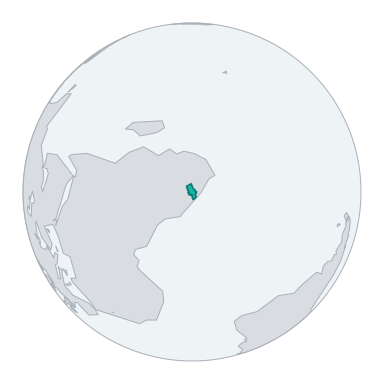 globe centered on Hardap, rotated 240°
{"feature_id": "NAM-3339", "entity_name": "Hardap", "entity_type": "Region", "adm_level": 1, "iso_a3": "NAM", "parent_name": "Namibia", "parent_adm1": "", "projection": "orthographic", "projection_center": [17.113, -24.521], "detail": "fine", "context": "on_globe", "style": "filled", "palette": "teal", "viewbox_px": 384, "rotation_deg": 240, "n_neighbors": 0, "source": "natural_earth", "source_scale": "10m", "svg_char_len": 5989}
<svg xmlns="http://www.w3.org/2000/svg" viewBox="0 0 384 384"><g transform="rotate(240 192 192)"><circle cx="192" cy="192" r="169" fill="#eef3f6" stroke="#a8b0b8"/><path d="M26.5,158.0L29.0,150.3L28.4,152.9L30.3,157.1L35.3,155.0L36.4,160.1L35.6,164.9L38.0,163.8L38.0,166.5L50.3,161.7L58.8,164.0L60.1,173.6L55.9,188.3L59.0,215.0L53.4,229.6L56.6,240.7L60.2,259.9L56.2,263.2L62.2,268.8L63.9,275.2L62.6,278.4L66.5,283.6L65.8,285.8L69.2,287.5L74.2,297.0L80.1,300.9L85.3,308.1L89.1,310.2L88.8,311.1L90.1,313.1L92.3,314.7L88.7,315.1L80.6,309.6L76.7,305.3L76.1,306.1L67.2,295.5L68.9,298.6L57.4,285.5L49.4,272.9L33.2,240.8L30.8,236.2L28.8,234.6L27.0,228.4L24.9,216.8L23.5,205.0L23.0,193.2L23.4,181.4L24.5,169.6L26.5,158.0ZM96.9,315.6L90.0,315.8L92.9,315.2L89.7,311.0L95.3,311.9L96.9,315.6ZM89.8,304.1L89.2,300.7L90.6,301.0L91.3,303.4L89.8,304.1ZM198.7,23.2L193.0,23.2L192.0,23.5L194.5,23.8L190.0,25.3L185.0,25.8L181.9,24.2L174.5,25.0L175.3,24.1L182.9,23.3L198.7,23.2ZM216.6,24.8L217.3,25.0L217.1,24.9L229.4,27.2L241.4,30.4L253.2,34.5L264.6,39.4L275.6,45.2L286.2,51.7L296.3,59.1L305.8,67.1L314.7,75.8L322.9,85.2L330.4,95.1L337.2,105.5L343.1,116.5L348.3,127.8L352.6,139.5L356.0,151.5L355.1,148.0L357.2,157.8L359.7,172.1L360.7,185.0L359.9,177.6L358.6,166.2L357.4,160.6L355.8,151.5L351.2,135.6L350.3,134.5L348.5,129.2L342.0,115.0L339.6,113.2L337.1,119.5L339.8,132.8L337.5,136.4L327.3,112.4L321.7,99.0L318.7,98.1L307.6,84.7L290.4,77.1L287.4,73.6L284.3,73.7L276.4,69.0L271.6,63.9L267.1,63.1L279.8,76.8L284.6,78.0L287.8,75.0L290.5,79.7L298.0,86.0L291.7,93.8L265.2,97.1L261.7,87.1L236.9,60.7L237.1,58.5L237.0,58.2L236.6,57.7L235.3,61.2L230.7,56.8L244.9,73.2L247.7,80.6L264.9,97.6L263.5,98.8L268.7,103.0L284.4,103.1L284.7,106.4L277.8,120.5L255.3,139.8L257.8,157.5L255.4,172.6L240.3,181.2L240.5,194.1L232.6,197.8L231.4,205.3L224.4,213.0L213.1,220.3L195.1,220.2L194.8,213.0L187.0,199.6L176.6,169.2L182.0,155.6L180.7,145.7L167.6,125.6L170.5,114.3L166.8,110.1L159.2,112.0L154.8,107.2L150.2,107.7L120.6,117.0L111.1,112.6L98.9,97.2L103.9,88.5L104.1,80.8L138.3,49.8L146.4,49.4L174.2,43.5L177.8,43.9L175.4,48.6L197.0,54.0L203.0,49.9L221.7,54.2L233.5,55.3L236.2,47.1L216.8,44.9L212.5,40.8L227.4,39.1L244.3,42.3L243.2,40.9L231.8,36.3L235.0,35.0L227.8,34.8L231.3,36.4L226.9,36.5L223.4,35.1L224.7,34.6L219.4,33.5L214.8,37.2L217.8,39.3L204.4,39.4L208.1,43.0L204.7,44.6L197.2,39.2L197.3,37.4L183.8,33.1L182.4,34.8L195.1,39.3L191.5,38.9L189.6,42.1L188.2,39.4L174.7,34.9L162.1,37.3L147.3,47.1L139.7,49.3L132.7,49.4L136.9,41.2L153.5,37.4L155.1,35.2L150.7,33.5L156.2,32.7L156.4,31.8L162.6,30.8L170.2,28.0L176.3,27.2L178.3,25.3L181.7,24.8L179.6,25.9L181.3,26.7L196.4,26.2L199.0,25.9L199.1,24.8L203.2,25.2L201.4,24.3L209.6,24.6L198.1,23.7L197.9,23.3L202.2,23.4L201.9,23.3L216.6,24.8ZM127.6,62.5L126.9,64.7L127.6,62.5ZM263.1,51.2L272.6,54.3L266.7,48.4L269.9,49.3L266.7,47.1L266.3,48.0L258.3,42.7L261.8,42.8L259.8,41.0L256.5,39.9L251.4,40.6L262.8,47.9L261.3,49.2L263.1,51.2ZM29.2,149.9L29.3,150.7L28.7,152.0L29.2,149.9ZM151.7,29.5L154.1,29.3L152.2,30.3L144.4,32.6L147.1,30.9L151.7,29.5ZM157.9,28.9L157.0,27.5L161.8,26.5L159.2,27.2L162.5,26.7L159.3,27.8L164.8,28.7L163.5,29.8L149.9,32.6L155.1,30.9L152.4,31.0L157.9,28.9ZM181.5,42.1L184.2,42.1L188.3,41.8L187.2,44.1L181.5,42.1ZM172.1,38.9L174.5,38.5L175.0,41.0L172.2,41.2L172.1,38.9ZM175.4,36.3L174.6,38.3L173.4,37.3L175.4,36.3ZM181.7,25.7L184.2,25.4L184.6,25.7L183.5,26.1L181.7,25.7ZM233.2,48.0L230.0,49.2L228.1,48.2L229.6,48.0L233.2,48.0ZM207.7,45.7L213.8,47.1L207.4,46.3L207.7,45.7ZM279.8,278.7L279.4,282.1L277.5,281.3L279.8,278.7ZM281.7,175.9L268.6,201.7L261.4,200.3L261.0,191.4L266.5,175.1L275.2,172.3L279.8,166.0L281.7,175.9ZM359.0,217.8L359.4,214.2L359.7,208.2L360.0,206.5L359.7,212.6L359.0,217.8ZM360.0,206.1L359.9,192.5L356.6,163.0L357.9,166.3L360.7,187.7L360.6,189.4L360.7,199.0L360.0,206.1ZM340.4,134.4L343.6,144.7L342.0,144.6L340.4,134.4ZM326.3,294.5L327.8,291.2L330.4,286.4L333.3,282.9L342.8,266.5L342.3,267.9L347.1,258.2L347.1,259.0L341.2,271.4L334.2,283.2L326.3,294.5Z" fill="#d9dde1" stroke="#a8b0b8" stroke-width="1"/><path d="M199.7,192.8L199.7,193.0L199.7,193.3L199.7,193.5L199.7,193.8L199.7,194.0L199.6,194.3L199.6,194.5L199.6,194.8L199.6,195.1L199.6,195.3L199.4,195.3L199.1,195.5L198.9,195.4L198.6,195.4L198.4,195.2L198.1,195.2L198.0,195.3L197.9,195.3L197.7,194.9L197.5,195.0L197.3,195.1L197.2,195.1L196.1,195.0L195.9,194.9L195.6,194.7L195.0,194.8L193.7,195.1L193.4,195.1L192.9,195.1L192.7,195.1L192.6,195.6L192.1,195.5L191.9,195.5L191.7,195.6L191.6,195.4L191.4,195.3L191.2,195.3L191.1,195.2L190.7,195.1L190.4,195.0L190.3,195.3L190.1,195.4L190.1,195.2L189.9,195.1L190.0,195.9L189.9,196.0L189.8,195.9L189.7,195.9L189.6,196.0L189.5,195.9L189.0,195.2L188.9,195.2L188.7,195.2L188.4,193.7L188.4,193.4L185.9,193.5L185.8,193.3L185.8,193.2L185.8,192.9L185.6,192.6L185.4,192.4L185.3,192.2L185.3,191.9L185.2,191.7L185.0,191.3L185.0,191.1L184.9,191.0L184.9,190.9L184.9,190.7L184.9,190.4L185.0,190.3L185.0,190.2L184.9,189.9L184.9,189.4L184.9,189.2L186.4,189.3L186.5,189.4L186.5,189.5L186.8,189.5L187.1,189.5L187.5,189.6L188.3,189.9L188.3,190.2L188.3,190.3L188.5,190.4L188.8,190.4L189.0,190.3L189.4,190.2L189.5,190.2L189.7,190.3L189.7,190.5L189.9,190.5L189.8,190.3L189.8,190.2L190.0,190.1L190.3,190.1L190.3,189.9L190.1,189.9L189.8,189.8L189.7,189.8L189.8,189.6L189.9,189.3L190.0,189.3L190.0,189.5L190.3,189.5L190.6,189.2L190.3,189.0L190.3,188.9L190.6,188.3L190.7,188.2L190.8,188.2L190.8,188.3L191.0,188.3L191.4,188.3L191.6,188.2L191.9,188.0L192.0,188.0L192.2,188.4L192.3,188.4L192.6,188.4L192.8,188.4L193.0,188.4L192.9,188.5L192.8,188.8L192.8,189.0L192.9,189.3L193.4,189.3L193.5,189.2L194.0,189.2L194.2,189.3L194.3,189.4L194.5,189.4L194.8,189.3L195.0,189.3L195.0,189.2L195.3,189.0L195.5,188.9L195.6,189.0L195.8,189.6L196.0,189.5L196.3,189.7L196.5,189.8L196.5,189.7L197.0,189.6L197.3,189.7L197.5,189.7L197.8,189.5L197.8,190.1L198.0,190.1L199.7,190.1L199.7,190.7L199.7,191.2L199.7,191.7L199.7,192.3L199.7,192.8Z" fill="#14b8a6" stroke="#0f766e" stroke-width="1.5"/></g></svg>